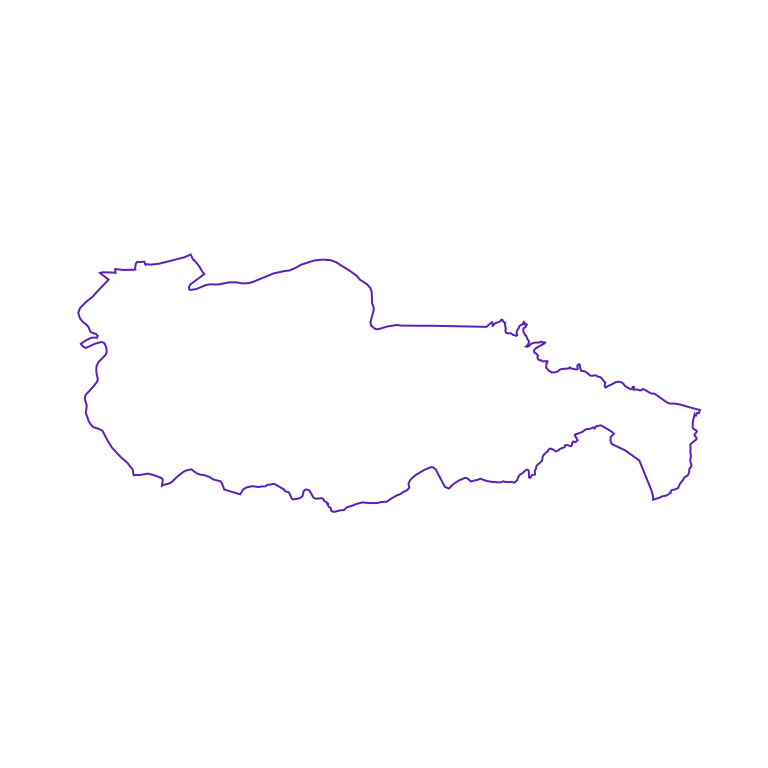 Baile Herculane, Caras-Severin, Romania, rotated 72°
{"feature_id": "2599482B76774341373778", "entity_name": "Baile Herculane", "entity_type": "district", "adm_level": 2, "iso_a3": "ROU", "parent_name": "Romania", "parent_adm1": "Caras-Severin", "projection": "albers", "projection_center": [22.46, 44.902], "detail": "fine", "context": "isolated", "style": "outline", "palette": "violet", "viewbox_px": 768, "rotation_deg": 72, "n_neighbors": 0, "source": "geoboundaries", "source_scale": "gbopen_adm2", "svg_char_len": 6159}
<svg xmlns="http://www.w3.org/2000/svg" viewBox="0 0 768 768"><g transform="rotate(72 384 384)"><path d="M393.5,650.2L393.7,648.4L394.7,645.7L395.3,643.0L396.2,636.6L398.5,632.6L401.0,629.2L404.7,624.7L406.6,623.9L412.2,626.6L411.8,624.8L412.1,622.0L412.2,618.5L411.3,615.4L408.4,609.7L405.5,601.7L405.1,598.8L405.7,593.5L410.8,589.9L412.5,588.0L413.7,586.2L415.1,583.1L418.9,578.3L421.9,576.0L425.8,569.9L427.4,568.9L435.0,568.5L444.5,554.9L440.7,550.5L439.9,546.2L440.5,540.7L443.3,535.0L443.6,531.9L444.5,529.1L444.7,528.0L443.8,526.3L444.6,522.9L444.8,520.2L445.3,519.0L453.4,511.7L454.7,511.4L456.4,510.0L456.9,508.9L457.9,507.9L464.4,507.1L465.8,506.0L465.7,505.2L466.3,502.9L466.5,500.4L466.2,498.1L465.2,495.9L461.3,493.7L460.1,491.7L460.5,490.0L462.0,488.0L466.2,486.9L469.8,486.4L472.0,484.4L473.4,478.4L474.5,477.4L476.9,477.0L477.8,475.8L479.7,474.6L479.8,475.2L480.4,475.2L481.2,474.3L481.7,474.6L484.0,474.4L485.0,473.1L487.0,473.0L488.2,473.4L489.4,472.3L490.3,470.7L490.6,464.8L491.6,461.0L489.8,457.5L489.9,451.4L489.6,448.9L489.7,443.7L490.0,441.1L493.0,434.0L495.2,427.0L495.3,423.7L496.8,417.6L495.6,414.1L493.9,406.3L493.8,402.8L492.5,398.1L492.3,395.4L491.5,393.7L490.4,392.0L486.1,391.4L483.6,388.9L482.2,386.5L480.3,381.8L478.2,372.5L477.6,364.8L478.6,362.9L481.3,361.2L500.6,357.9L503.4,354.8L503.0,353.3L501.8,351.7L500.3,348.0L498.9,342.5L498.3,335.7L499.9,333.5L503.4,331.7L504.1,323.9L503.7,321.8L507.7,316.7L510.5,311.6L513.6,303.6L513.5,300.3L514.7,299.1L515.2,296.7L516.0,295.3L516.5,292.8L518.2,290.6L516.8,287.3L514.3,285.3L512.4,283.0L511.7,280.1L509.9,276.1L509.7,274.6L510.0,273.7L510.5,273.4L511.9,273.3L517.4,274.9L518.4,274.4L518.3,273.7L516.5,271.7L516.4,270.8L516.8,268.6L516.1,268.1L513.6,267.7L511.6,265.7L509.4,264.6L508.6,263.5L505.9,257.4L502.2,255.5L501.2,254.6L499.3,251.2L498.7,249.2L497.8,248.5L496.8,246.6L496.8,245.8L498.2,243.8L501.2,241.4L501.1,239.0L500.1,236.7L499.9,231.6L498.3,230.7L498.3,229.9L498.8,228.4L500.8,225.7L500.6,224.7L499.9,224.0L498.1,223.1L497.2,221.9L497.4,221.1L498.5,220.1L497.4,217.2L491.6,218.4L491.1,217.7L491.0,212.0L490.7,209.5L489.9,207.5L489.5,205.9L490.2,202.3L490.1,197.8L491.3,197.5L489.7,195.0L490.4,190.3L499.2,182.6L502.3,180.6L504.6,184.9L507.8,186.1L511.3,186.0L521.6,175.2L535.7,164.8L568.1,162.5L574.0,162.8L577.2,163.9L577.3,156.9L576.8,154.6L577.2,151.4L577.2,149.5L576.8,147.3L576.3,146.4L576.2,145.0L574.9,144.5L573.8,143.2L574.2,140.0L573.7,136.3L571.1,134.1L569.6,132.4L567.9,129.5L565.7,127.2L564.8,123.7L564.2,122.8L562.8,121.4L559.1,119.8L557.2,117.1L556.6,116.7L551.8,116.6L547.4,114.4L543.6,113.7L540.8,112.6L536.8,111.6L535.8,110.7L533.2,104.0L531.5,103.4L529.6,104.4L528.5,104.4L527.6,103.9L526.5,101.8L525.6,101.0L524.8,101.3L522.0,103.8L520.2,103.7L515.0,101.8L508.9,98.0L509.9,97.9L510.5,97.1L508.2,95.0L509.0,93.5L506.4,91.5L500.5,100.7L495.1,108.6L492.3,113.9L491.2,117.8L490.0,119.5L487.2,122.0L478.3,128.5L476.4,130.4L475.9,132.3L474.9,133.5L468.8,139.0L469.4,141.2L469.2,142.6L467.4,145.1L466.5,148.4L465.5,148.2L464.1,147.2L463.7,147.8L463.8,148.6L465.2,149.5L465.3,150.7L463.8,152.4L460.2,155.5L457.7,156.3L456.0,157.3L454.5,159.7L453.9,162.9L454.3,165.6L454.8,167.4L454.7,167.9L454.9,168.8L455.1,171.9L455.8,173.6L455.7,174.5L454.8,174.8L453.0,174.3L451.1,173.2L444.9,175.7L444.1,176.4L444.0,177.0L443.0,178.4L441.1,180.1L440.7,182.8L439.8,185.2L435.6,187.8L433.9,189.3L432.5,192.4L428.2,192.5L427.2,192.0L425.6,192.1L425.5,193.4L426.6,194.7L429.4,195.1L429.8,195.7L429.5,197.0L427.9,199.4L427.3,201.0L425.6,202.2L426.3,203.3L424.7,210.3L424.7,212.6L425.7,214.3L425.8,216.8L425.5,218.7L425.0,219.9L425.0,220.8L422.0,223.3L418.4,224.8L417.2,224.0L415.1,223.5L413.7,221.8L413.0,221.6L412.5,221.8L412.4,223.5L412.0,223.9L411.8,225.6L410.2,227.0L410.1,228.1L409.0,228.7L408.2,229.9L406.0,229.9L404.6,228.7L402.0,229.9L400.7,231.2L399.1,231.3L397.7,230.0L396.6,227.8L396.8,226.9L396.2,225.8L395.0,218.8L394.3,218.0L393.8,218.6L393.4,220.7L392.3,221.4L392.5,222.4L392.3,224.6L392.2,225.5L391.7,225.9L391.2,228.5L391.2,231.2L391.4,232.1L392.7,234.3L392.8,235.3L392.9,236.2L392.2,237.3L391.5,235.4L389.1,233.2L387.4,233.0L386.1,233.7L382.0,233.9L381.5,234.5L377.5,235.3L375.1,234.6L373.9,233.6L373.8,232.3L373.3,231.3L371.6,229.8L369.6,231.4L368.2,231.8L368.6,232.2L368.7,232.7L370.6,232.5L370.0,233.8L370.1,234.8L370.3,236.0L371.1,237.7L372.6,238.7L374.3,241.0L376.2,242.1L378.8,242.3L379.0,243.4L377.1,246.2L374.8,247.7L374.6,249.3L373.2,252.0L371.2,252.2L369.4,251.6L368.8,250.8L367.2,250.9L364.5,250.5L363.6,249.9L362.0,251.0L359.6,251.6L359.2,252.3L359.4,253.1L360.3,253.7L360.6,255.9L360.5,258.5L361.1,260.9L362.1,261.8L362.2,262.7L360.2,261.9L358.5,262.2L361.3,268.9L343.7,319.6L333.9,349.4L331.8,353.6L330.3,363.5L330.1,373.0L328.9,375.4L324.5,378.2L320.9,377.7L310.4,370.9L307.3,370.1L303.6,370.4L292.9,367.3L288.5,367.3L284.1,369.2L277.1,374.8L273.0,376.4L266.5,381.0L253.2,392.1L249.6,396.8L246.6,404.5L245.0,412.2L244.9,425.7L246.3,432.9L246.8,439.0L245.8,443.9L244.7,455.0L246.4,476.8L246.3,481.5L244.5,487.9L242.0,492.3L239.5,499.7L238.1,511.0L235.5,518.6L234.8,522.7L235.7,533.2L234.9,538.2L234.2,539.9L232.1,539.8L229.6,537.7L223.9,521.0L219.1,522.6L215.8,523.1L209.6,525.3L206.2,527.2L201.1,527.9L201.8,534.7L200.1,560.8L198.4,568.9L198.0,570.1L196.8,572.2L197.0,574.0L193.6,574.2L192.3,579.7L191.6,581.0L192.7,582.7L193.6,583.3L195.0,583.8L196.9,585.0L198.4,585.2L194.9,596.9L191.6,604.1L195.4,605.1L194.1,607.7L190.7,617.5L190.7,619.7L199.7,613.7L206.7,626.9L210.9,634.0L213.7,641.6L217.8,649.6L221.9,652.8L227.6,652.9L231.9,651.2L234.9,649.1L238.3,647.5L243.8,647.0L245.8,644.8L247.5,642.4L249.7,641.4L251.4,642.5L250.2,645.5L249.6,648.6L250.4,654.0L252.1,659.9L254.3,659.2L256.1,658.0L257.6,656.4L256.4,646.4L256.7,639.7L257.0,639.2L258.1,637.8L259.8,637.1L263.0,636.9L266.1,637.3L268.0,637.9L270.2,639.7L275.0,648.9L278.0,651.8L282.5,653.6L286.5,654.3L290.5,654.6L292.6,655.6L295.8,659.9L302.3,671.3L305.3,673.1L312.8,673.4L319.3,676.5L328.5,676.3L332.8,675.1L335.5,673.5L338.2,669.5L341.6,666.2L351.0,664.6L360.2,662.5L372.4,656.8L379.5,652.5L387.6,649.5L393.5,650.2Z" fill="none" stroke="#5b21b6" stroke-width="2"/></g></svg>